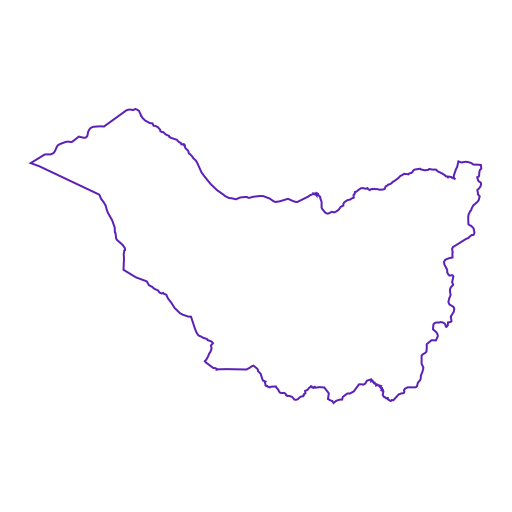 Guano, Chimborazo, Ecuador (Mercator projection)
{"feature_id": "8360857B97791335649951", "entity_name": "Guano", "entity_type": "district", "adm_level": 2, "iso_a3": "ECU", "parent_name": "Ecuador", "parent_adm1": "Chimborazo", "projection": "mercator", "projection_center": [-78.639, -1.54], "detail": "fine", "context": "isolated", "style": "outline", "palette": "violet", "viewbox_px": 512, "rotation_deg": 0, "n_neighbors": 0, "source": "geoboundaries", "source_scale": "gbopen_adm2", "svg_char_len": 6100}
<svg xmlns="http://www.w3.org/2000/svg" viewBox="0 0 512 512"><path d="M30.7,163.1L39.2,166.2L99.0,194.5L99.6,195.2L101.1,198.9L103.7,202.2L105.6,205.5L107.0,210.5L108.2,213.3L112.2,220.4L114.7,227.5L114.9,232.5L115.5,233.0L116.1,238.4L116.9,239.8L122.6,244.9L124.8,248.0L125.1,250.0L124.3,250.5L123.7,254.7L124.0,258.3L123.5,269.8L136.0,277.4L146.8,281.4L148.9,285.2L152.6,287.1L153.4,288.1L154.9,289.1L158.0,290.4L159.6,292.6L161.8,293.5L163.2,292.9L163.9,293.8L166.3,294.7L167.9,298.3L171.5,303.0L174.6,308.0L180.0,313.2L182.6,314.6L188.3,316.6L191.0,316.7L194.8,328.2L196.4,332.3L198.0,334.9L199.4,336.0L200.6,336.3L203.5,338.0L206.6,338.8L207.3,339.3L207.6,340.2L210.6,341.1L212.0,342.0L213.0,343.2L210.9,345.5L211.6,348.5L210.5,351.7L209.1,353.7L208.3,356.0L206.3,359.7L204.8,361.2L205.8,362.4L213.3,368.0L215.1,368.1L216.7,368.8L216.6,369.7L218.7,369.3L226.3,369.1L246.4,369.5L249.9,367.7L251.5,366.4L253.6,365.7L257.2,368.7L258.0,370.1L258.0,371.1L260.6,373.7L262.5,379.6L263.3,380.8L264.3,381.0L264.5,381.4L265.3,381.6L264.8,382.1L265.5,384.5L265.4,385.1L266.3,386.1L267.3,386.0L267.7,386.6L269.9,387.4L271.0,386.7L275.9,386.5L276.1,387.2L278.5,390.0L278.7,391.0L280.1,392.7L281.2,393.1L283.9,392.9L284.9,393.3L285.7,394.0L286.0,395.0L286.6,395.2L287.3,396.0L289.4,395.9L292.2,397.0L294.3,399.5L295.2,399.8L296.9,399.6L298.1,399.0L299.4,397.6L301.2,396.5L302.2,396.4L302.7,396.9L302.5,396.4L303.2,396.2L303.9,395.1L303.6,394.9L303.9,394.2L304.5,394.0L305.4,393.1L305.1,390.9L307.5,389.9L309.1,387.8L310.2,387.3L311.0,386.1L311.6,386.4L312.4,387.6L313.7,387.9L314.1,386.9L314.8,386.8L315.8,387.7L319.4,387.1L324.3,387.5L328.8,393.3L328.0,399.0L328.8,399.3L329.6,400.1L332.3,401.0L333.5,403.0L336.2,400.8L339.8,399.6L342.1,399.6L342.8,396.9L347.2,393.6L348.2,393.4L349.7,393.6L353.8,391.4L359.0,384.3L361.8,384.3L363.1,384.7L365.3,383.6L366.9,380.7L371.0,379.4L371.1,380.9L371.8,380.2L372.6,380.5L372.7,381.9L374.5,382.5L374.1,383.4L376.0,384.1L376.1,385.2L376.9,384.6L377.2,385.4L378.5,385.1L379.8,385.6L379.3,386.1L379.5,386.4L380.9,386.2L380.4,387.5L381.0,388.2L381.9,388.1L381.9,389.0L382.9,389.6L382.9,390.3L381.9,390.5L383.4,391.5L382.7,394.8L383.8,396.8L385.0,397.2L385.8,398.2L387.8,398.0L387.7,399.2L390.6,401.0L391.1,400.8L391.6,400.1L393.4,400.2L398.7,394.4L401.4,393.4L403.1,393.3L404.0,392.8L404.4,391.6L404.0,390.6L404.2,389.7L405.0,388.7L407.7,387.3L415.5,387.3L416.4,386.9L417.0,386.2L417.9,382.7L420.3,379.9L420.7,378.6L420.9,375.5L422.5,371.6L423.4,367.7L421.6,363.7L421.6,355.6L422.5,354.5L425.1,353.0L426.4,351.7L426.8,347.8L426.7,344.4L426.9,344.0L431.6,340.2L435.9,340.4L437.7,336.6L437.7,334.9L437.2,333.6L436.3,332.2L433.0,329.3L433.4,324.5L434.4,323.2L436.4,322.5L439.3,322.5L440.7,322.1L442.7,322.4L444.6,323.5L445.3,324.4L445.8,326.6L446.5,326.9L447.8,325.3L448.0,322.4L450.6,322.0L451.5,321.2L450.8,316.5L453.7,311.9L454.3,308.5L453.4,306.8L449.4,304.4L448.5,302.4L448.5,301.5L449.1,298.8L450.6,295.0L449.9,290.5L450.3,288.4L451.0,287.1L453.0,285.0L453.1,284.3L452.1,282.2L453.4,276.4L452.8,275.5L452.1,275.2L449.5,275.6L448.0,274.0L447.2,272.2L447.2,270.2L446.7,268.8L444.4,264.6L444.0,261.8L445.3,259.7L449.4,258.1L452.5,257.5L452.4,253.2L452.7,252.4L452.1,248.9L452.8,247.2L465.9,239.0L468.6,237.9L469.0,237.2L471.7,235.0L473.0,235.0L473.7,234.6L474.1,233.9L474.4,232.3L473.5,228.2L471.1,225.8L469.5,225.2L468.4,224.1L468.2,217.6L468.5,214.7L470.1,211.3L471.1,210.3L471.7,208.4L473.2,205.5L477.4,201.9L478.7,200.1L479.7,196.3L477.9,194.3L477.9,192.7L477.3,190.0L479.1,188.4L480.6,186.2L481.1,184.0L480.7,182.5L479.1,181.6L478.2,180.6L477.2,177.2L478.8,176.5L479.1,175.5L479.4,171.7L480.0,169.8L481.3,168.6L480.9,165.0L477.0,164.6L474.5,164.7L473.4,164.5L471.0,162.9L467.4,161.9L465.2,161.8L461.5,162.5L458.4,161.4L457.1,167.2L456.2,168.6L453.9,175.2L453.7,177.7L455.4,179.3L452.7,177.7L452.1,177.8L451.2,177.0L448.7,176.6L448.0,177.4L447.1,176.4L445.8,176.3L444.8,175.1L442.9,174.1L442.5,173.6L437.8,171.4L436.0,169.6L432.5,169.6L429.3,169.0L428.1,169.9L424.9,170.3L420.9,169.4L420.0,168.7L414.6,169.6L413.7,170.1L412.8,171.1L412.4,172.2L411.0,173.1L409.5,173.3L408.4,174.4L406.6,174.0L405.2,174.1L404.1,173.8L401.8,175.4L400.6,175.7L398.1,178.3L394.4,181.0L392.5,182.0L391.6,183.2L389.9,184.2L387.9,184.7L387.7,185.3L385.6,186.4L384.9,188.7L384.1,189.2L382.4,189.6L379.4,189.7L377.2,189.1L375.1,189.1L374.6,188.8L372.7,189.2L372.3,188.9L370.7,189.4L369.8,190.1L368.0,189.0L367.5,188.1L365.9,188.8L363.1,188.1L361.1,188.2L359.3,189.3L356.4,191.6L354.8,192.1L354.8,193.7L353.5,195.1L353.8,197.6L351.7,198.5L350.2,199.5L347.3,200.2L344.3,202.3L343.5,203.5L343.3,205.6L340.7,206.8L339.1,209.2L337.9,210.4L335.6,211.8L334.1,212.4L331.9,211.8L328.4,213.5L327.0,213.5L325.2,212.6L322.3,209.1L321.6,207.7L321.6,201.9L320.2,197.9L320.2,196.9L318.6,195.5L318.3,194.6L317.9,194.9L317.8,193.7L316.5,193.1L316.5,195.1L315.6,193.6L314.5,193.5L315.1,194.5L313.5,193.8L313.6,194.2L312.9,194.1L310.0,195.3L308.4,196.5L297.5,201.9L296.1,202.0L293.3,201.2L288.0,198.8L279.8,201.3L275.3,202.0L273.0,200.9L269.8,198.6L263.3,196.1L259.9,196.0L253.0,196.8L249.5,197.8L248.2,197.8L246.8,196.9L241.5,197.3L239.6,197.7L236.0,199.3L231.9,198.3L229.0,198.0L224.9,196.0L223.9,195.0L217.1,190.2L210.5,183.9L204.3,176.2L201.5,172.4L196.8,162.0L195.2,159.9L192.8,157.7L192.6,156.9L190.0,154.1L188.9,153.5L188.2,150.8L185.4,148.1L184.7,146.3L184.9,145.8L183.9,145.1L184.3,144.5L183.8,144.1L181.4,144.4L180.6,142.7L179.5,142.4L178.0,141.2L176.9,139.8L170.3,137.6L169.8,136.9L169.2,136.8L169.0,135.9L165.8,134.5L163.3,132.2L161.8,132.0L160.4,131.3L160.2,129.8L157.9,127.2L155.6,126.0L153.5,125.7L152.5,123.4L149.9,123.1L145.1,120.5L142.2,117.6L141.7,116.4L141.0,115.9L140.8,114.9L139.0,110.9L137.4,109.8L135.3,109.0L133.0,110.1L131.0,109.6L128.8,109.6L126.3,110.4L104.0,126.5L100.1,126.3L93.3,126.8L92.2,127.2L90.8,127.9L89.6,129.1L88.2,131.7L87.3,136.0L86.6,136.9L85.4,137.7L83.8,137.8L78.8,136.6L72.2,141.8L71.1,142.0L67.8,141.6L66.1,141.8L60.1,144.0L58.1,145.1L57.1,146.2L54.9,151.2L53.6,153.0L50.7,154.4L45.4,154.4L44.5,154.6L30.7,163.1Z" fill="none" stroke="#5b21b6" stroke-width="2"/></svg>